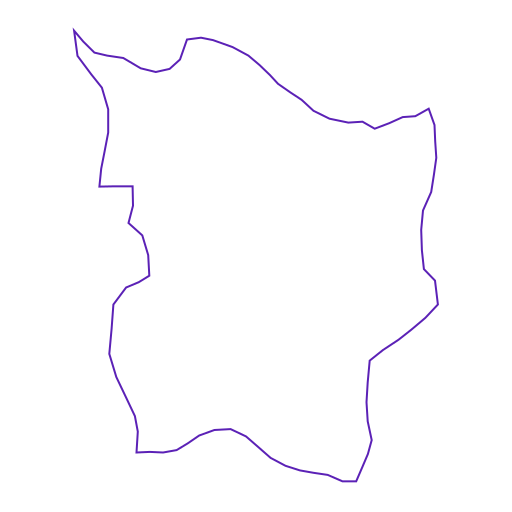 Santa Rita de Minas, Minas Gerais, Brazil (Equal Earth projection)
{"feature_id": "56859067B52773915344075", "entity_name": "Santa Rita de Minas", "entity_type": "district", "adm_level": 2, "iso_a3": "BRA", "parent_name": "Brazil", "parent_adm1": "Minas Gerais", "projection": "equal_earth", "projection_center": [-42.126, -19.875], "detail": "fine", "context": "isolated", "style": "outline", "palette": "violet", "viewbox_px": 512, "rotation_deg": 0, "n_neighbors": 0, "source": "geoboundaries", "source_scale": "gbopen_adm2", "svg_char_len": 1203}
<svg xmlns="http://www.w3.org/2000/svg" viewBox="0 0 512 512"><path d="M136.5,452.5L149.8,451.9L163.1,452.5L176.6,450.1L187.7,443.4L199.2,435.5L214.4,430.0L230.6,429.1L246.0,436.4L258.2,447.0L270.6,457.9L285.5,465.8L299.9,470.4L313.5,472.8L327.7,474.9L342.4,481.3L356.2,481.3L362.5,466.7L367.9,454.0L371.7,440.1L367.7,421.3L366.5,402.2L367.7,382.4L369.7,360.6L383.0,350.0L398.6,339.7L411.3,329.7L425.3,317.9L437.9,304.5L435.0,280.6L423.9,269.1L421.9,250.3L421.2,229.9L423.0,210.5L431.2,192.0L433.9,174.8L436.3,157.8L435.2,141.4L434.5,125.0L428.7,108.7L415.3,116.2L402.7,117.1L389.2,123.2L374.7,128.7L362.5,121.7L348.3,122.6L329.5,118.7L313.5,110.8L301.7,99.9L290.2,92.3L278.0,83.8L269.9,75.0L259.5,65.0L248.4,55.6L232.6,47.1L213.0,40.1L201.0,37.7L187.0,39.5L180.0,59.5L169.6,68.9L155.8,72.0L140.7,68.3L123.3,58.0L107.1,55.6L94.4,52.6L83.3,41.6L74.1,30.7L77.5,55.9L91.3,74.4L101.9,87.7L108.2,109.3L108.2,132.6L104.6,151.4L101.2,168.7L99.4,186.6L115.0,186.3L132.6,186.3L133.0,205.7L128.5,223.0L142.3,235.4L148.2,255.1L149.3,275.7L138.9,282.1L126.1,287.5L113.4,304.5L111.6,328.8L109.3,353.9L116.3,377.0L126.7,398.8L134.9,416.1L137.8,431.6L136.5,452.5Z" fill="none" stroke="#5b21b6" stroke-width="2"/></svg>